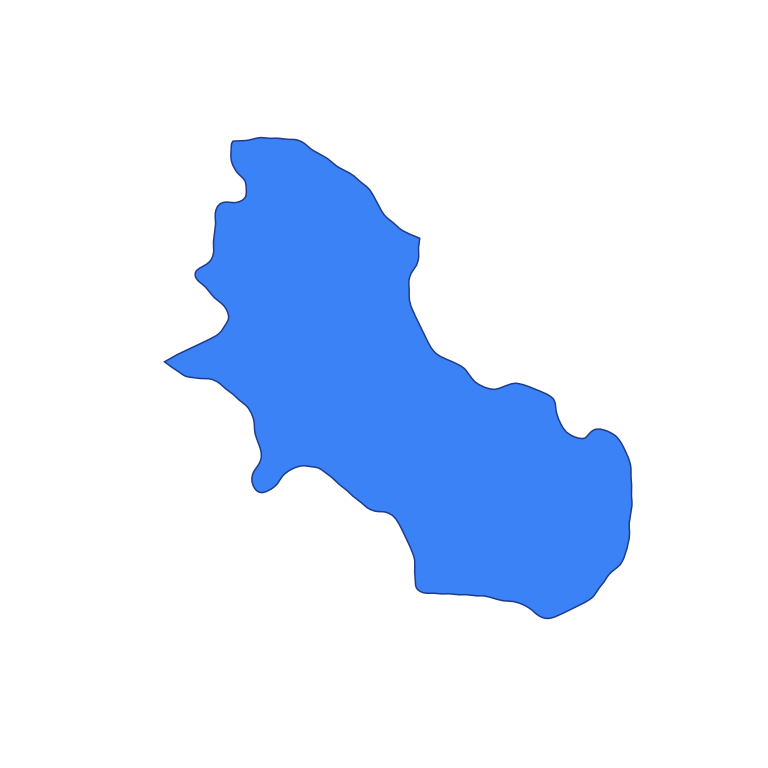 the district of Sabana Larga, San José de Ocoa, Dominican Republic, rotated 334°
{"feature_id": "3306468B82901312279704", "entity_name": "Sabana Larga", "entity_type": "district", "adm_level": 2, "iso_a3": "DOM", "parent_name": "Dominican Republic", "parent_adm1": "San José de Ocoa", "projection": "natural_earth1", "projection_center": [-70.54, 18.642], "detail": "fine", "context": "isolated", "style": "filled", "palette": "blue", "viewbox_px": 768, "rotation_deg": 334, "n_neighbors": 0, "source": "geoboundaries", "source_scale": "gbopen_adm2", "svg_char_len": 3770}
<svg xmlns="http://www.w3.org/2000/svg" viewBox="0 0 768 768"><g transform="rotate(334 384 384)"><path d="M196.4,267.8L200.9,276.4L204.6,282.7L207.1,287.3L209.0,290.0L211.5,292.1L221.2,298.5L228.9,302.5L231.6,304.6L235.0,308.7L236.8,312.0L239.6,318.9L243.8,327.0L246.5,334.3L250.4,342.5L251.5,346.1L252.0,352.1L251.4,358.1L250.4,361.8L247.6,368.4L246.4,372.1L245.7,376.4L244.6,387.3L243.7,391.5L242.1,395.1L241.2,396.6L238.9,399.2L236.2,401.3L228.9,405.4L226.3,407.6L224.2,410.3L222.6,413.7L221.9,417.4L222.0,421.1L222.4,423.0L223.1,424.7L224.2,426.3L225.7,427.6L227.4,428.4L230.9,429.1L236.6,429.0L240.4,428.3L244.1,427.1L251.5,422.8L254.7,421.4L260.2,420.3L263.9,420.1L267.6,420.2L273.0,421.1L276.3,422.4L286.0,428.8L288.5,431.0L290.4,433.9L296.0,444.8L299.4,453.8L304.1,463.7L306.8,471.0L311.6,480.8L314.6,487.8L316.6,490.7L320.2,494.4L323.0,496.2L327.5,498.6L328.9,499.6L331.4,502.0L333.5,505.0L334.3,506.6L335.5,510.6L336.2,516.9L336.3,523.5L336.1,541.2L335.5,549.9L334.8,554.1L334.2,556.1L332.7,559.5L329.4,565.9L324.2,578.6L323.9,580.2L323.8,581.8L324.1,583.5L325.6,586.4L327.8,588.8L330.5,590.7L336.5,593.6L343.9,598.0L350.4,601.0L359.2,606.4L365.7,609.5L374.4,615.0L380.8,618.2L385.0,621.4L391.7,627.5L395.9,630.9L405.2,636.4L409.6,640.3L412.3,643.3L414.7,646.5L417.7,651.6L419.8,656.9L421.5,660.1L423.6,662.9L426.2,665.3L429.4,667.0L433.1,667.9L436.8,668.3L444.6,668.5L468.2,668.4L474.0,667.9L477.7,667.2L481.0,665.8L488.3,661.5L494.7,658.5L500.5,655.0L503.6,653.5L506.9,652.5L513.9,650.9L517.3,649.8L520.5,647.8L523.5,645.4L530.4,638.2L536.6,630.4L539.4,625.6L541.6,620.3L543.3,616.7L553.6,601.9L555.3,598.4L557.4,593.0L562.3,583.3L565.1,576.2L569.0,568.0L570.2,564.4L571.2,558.3L571.5,552.0L571.6,545.7L571.4,541.6L570.9,537.4L569.9,533.4L569.1,531.5L566.9,527.9L564.5,524.7L561.7,521.9L558.7,519.4L555.4,517.8L553.7,517.4L552.0,517.3L548.8,517.8L542.3,520.4L540.9,520.6L539.3,520.3L537.8,519.7L534.9,517.8L532.1,515.1L529.7,512.1L527.6,508.6L526.7,506.6L525.8,502.6L525.4,498.4L525.5,492.2L526.0,488.2L526.7,484.3L529.4,476.5L529.8,473.3L529.6,471.5L529.0,469.8L528.2,468.1L526.2,464.9L521.1,458.8L512.8,449.6L508.5,445.3L503.8,441.7L502.1,440.8L498.6,439.7L495.0,439.2L486.0,438.4L482.4,437.7L480.7,437.1L477.4,435.1L473.0,431.1L469.2,426.3L467.2,422.8L466.4,420.9L465.4,417.1L463.6,407.4L463.1,405.5L461.3,402.0L457.9,397.2L450.2,388.2L446.5,383.5L444.5,380.1L443.1,376.4L442.3,372.3L441.9,366.2L441.9,336.5L442.3,326.0L443.5,320.1L444.9,316.6L448.0,310.2L450.2,305.0L451.9,301.7L454.1,299.0L456.6,296.6L465.4,291.4L469.0,287.8L471.0,284.8L474.9,276.4L480.0,268.7L472.5,260.2L467.9,254.2L466.1,251.0L463.3,243.9L459.4,235.6L458.3,231.9L457.7,227.9L457.0,209.2L456.3,203.2L455.1,199.5L451.2,191.3L448.3,184.1L445.5,179.3L438.9,170.4L436.9,167.3L432.2,156.9L430.2,153.8L422.8,143.2L421.0,140.0L418.0,133.0L416.1,130.0L413.7,127.3L411.1,125.2L404.8,121.9L396.1,116.4L389.6,113.4L382.3,109.0L380.8,108.3L377.3,107.2L370.3,105.7L366.8,104.7L354.7,99.5L352.6,100.9L351.0,103.2L346.3,111.9L345.0,115.3L344.5,117.2L344.0,121.2L344.3,127.2L345.1,130.9L347.4,137.1L348.0,140.2L347.9,141.9L347.1,145.0L344.6,150.8L342.9,153.7L341.7,154.9L340.3,155.8L338.7,156.4L337.1,156.7L333.8,156.7L330.5,156.0L328.8,155.3L322.0,151.3L318.9,150.3L315.5,150.2L312.3,151.4L309.7,153.5L307.5,156.1L305.8,159.3L302.8,166.3L293.0,181.5L289.1,190.1L288.1,191.6L285.9,194.3L283.2,196.4L280.0,197.9L276.6,198.6L268.4,199.1L265.5,199.8L264.2,200.5L263.0,201.6L262.1,203.1L261.6,204.7L261.5,206.4L262.1,209.7L264.8,215.6L266.1,218.9L268.4,228.6L269.5,232.3L273.3,240.5L274.5,244.0L275.0,247.9L274.8,251.6L274.0,255.2L273.1,256.7L272.0,258.1L269.5,260.0L261.2,265.1L257.9,266.3L254.2,267.0L246.3,267.3L211.7,266.9L196.4,267.8Z" fill="#3b82f6" stroke="#1e3a8a" stroke-width="1.5"/></g></svg>